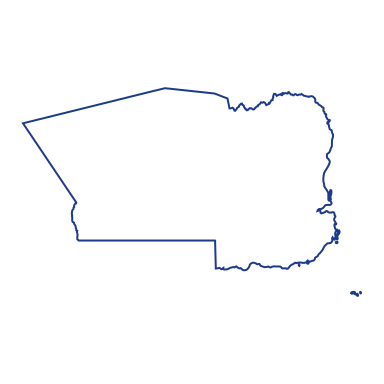 outline of Finschafen District, Morobe, Papua New Guinea
{"feature_id": "67681753B17639415447373", "entity_name": "Finschafen District", "entity_type": "district", "adm_level": 2, "iso_a3": "PNG", "parent_name": "Papua New Guinea", "parent_adm1": "Morobe", "projection": "robinson", "projection_center": [147.737, -6.551], "detail": "fine", "context": "isolated", "style": "outline", "palette": "blue", "viewbox_px": 384, "rotation_deg": 0, "n_neighbors": 0, "source": "geoboundaries", "source_scale": "gbopen_adm2", "svg_char_len": 5777}
<svg xmlns="http://www.w3.org/2000/svg" viewBox="0 0 384 384"><path d="M312.8,96.5L311.3,96.2L310.3,96.3L309.2,96.6L308.9,96.9L307.9,96.5L306.9,96.4L306.0,96.3L305.2,95.9L304.1,95.8L302.3,94.5L301.4,94.0L300.7,94.6L299.7,94.6L298.9,94.6L297.9,95.1L297.0,95.1L295.6,94.1L294.7,94.3L293.6,95.3L292.8,95.2L292.1,94.5L291.0,94.6L288.9,92.2L288.3,92.2L288.0,93.3L287.1,93.6L286.0,93.1L285.0,93.2L284.0,93.3L283.7,93.8L282.9,93.0L282.3,93.1L282.0,95.1L281.3,95.1L280.6,94.2L279.1,94.7L277.8,95.2L276.7,95.9L275.5,94.0L274.2,93.8L273.3,95.7L273.1,96.5L273.3,97.1L273.1,98.0L272.7,98.5L272.6,100.1L271.4,100.2L270.8,101.2L270.2,102.2L269.6,103.4L269.1,103.2L269.2,103.8L266.3,105.1L265.6,103.8L265.1,102.9L263.7,102.1L262.6,102.7L261.0,102.3L260.3,103.5L259.3,104.4L258.1,105.1L257.8,106.3L256.6,106.5L256.3,106.7L255.9,107.4L254.6,108.4L254.3,109.2L253.2,109.5L252.3,109.1L251.6,108.4L250.5,108.4L250.0,108.1L249.0,108.7L248.5,109.5L247.9,109.9L247.6,109.7L246.9,110.3L245.6,109.2L245.6,108.6L244.9,108.4L244.4,107.3L244.0,106.8L244.0,106.1L243.4,105.2L242.4,104.9L242.0,103.6L241.2,103.6L240.8,104.0L239.8,104.8L239.1,105.7L239.0,106.7L238.0,107.3L237.1,107.9L236.8,108.7L236.2,109.7L235.6,110.0L235.1,110.8L234.4,110.6L234.0,109.3L233.5,108.7L233.1,108.0L232.4,107.7L231.3,108.2L229.5,108.4L227.5,98.5L214.5,93.5L165.0,88.2L151.4,91.5L23.0,123.3L76.2,202.4L76.1,203.3L75.5,203.3L74.8,204.2L74.3,205.1L74.1,205.9L74.1,206.4L74.2,207.1L73.5,207.8L73.4,209.0L72.2,210.5L72.1,211.7L71.8,212.8L71.9,213.9L72.0,214.9L72.2,215.4L72.0,216.4L72.3,217.3L72.2,219.5L72.2,220.5L72.6,221.9L73.3,222.2L73.6,222.6L74.0,222.7L74.4,224.5L75.2,225.2L75.4,226.0L75.8,227.0L75.7,228.0L76.3,228.9L76.3,230.3L77.3,230.9L76.9,231.9L77.3,233.4L77.6,235.1L77.3,236.4L77.3,237.2L77.3,239.2L78.0,239.8L78.5,240.5L214.8,240.5L215.1,240.6L215.8,268.5L218.0,268.3L218.8,267.9L219.4,267.9L220.5,268.5L221.2,269.2L222.0,269.0L223.3,268.0L223.3,269.0L224.0,269.5L226.5,269.4L227.9,269.1L228.4,268.8L230.4,267.7L231.7,267.5L232.7,267.1L233.7,267.1L234.2,267.4L234.9,267.3L235.8,266.5L236.4,266.4L237.2,267.2L238.4,268.0L239.4,268.4L240.5,268.1L242.7,269.9L243.6,270.2L244.8,270.2L246.2,269.9L247.2,269.3L248.5,267.9L249.1,266.9L250.0,264.5L250.7,263.7L252.7,262.7L253.7,262.7L256.1,263.5L257.0,264.2L257.6,264.3L258.7,263.9L259.4,264.0L260.0,264.7L260.4,265.6L261.0,266.0L264.4,267.1L266.9,267.0L267.9,266.6L268.6,266.6L269.4,267.2L270.1,267.4L271.1,267.3L272.2,266.7L273.7,266.4L279.1,266.5L280.1,266.6L281.0,267.0L281.9,268.2L282.7,268.4L285.9,268.3L286.8,268.8L287.7,268.7L288.3,268.2L290.2,265.8L291.7,264.7L293.2,264.1L295.1,262.7L296.1,263.1L299.1,262.5L300.7,262.5L302.9,262.9L304.4,262.9L305.7,262.5L306.4,262.0L306.9,261.8L307.2,260.9L307.6,260.5L308.2,260.8L308.1,261.7L308.5,262.0L309.5,261.6L310.2,261.6L312.6,260.7L313.2,260.7L314.0,260.3L314.8,259.2L315.0,258.0L315.4,257.5L317.2,256.5L317.9,255.8L318.4,254.7L319.2,253.7L320.0,253.1L322.5,250.0L324.5,246.1L327.4,243.4L330.2,243.1L331.1,242.7L332.0,241.5L332.3,240.8L332.1,238.2L332.6,237.3L333.6,238.9L334.2,239.6L334.6,239.7L335.1,239.1L335.1,237.6L335.7,236.5L335.2,234.5L335.2,233.0L335.7,231.7L336.0,231.3L336.5,231.3L337.5,230.6L337.5,230.0L337.1,229.6L336.3,229.8L335.9,229.6L335.2,228.7L334.5,226.1L334.4,224.7L334.7,224.2L335.4,224.5L335.7,224.5L336.1,224.2L336.3,223.8L334.5,220.8L334.2,220.1L334.2,219.0L334.9,217.2L335.3,216.8L335.4,216.2L334.7,215.4L334.5,214.0L334.2,213.0L333.5,212.3L332.3,212.2L331.3,212.6L329.4,212.6L328.2,212.1L327.4,211.3L326.7,211.0L325.9,211.3L325.3,212.0L323.7,212.7L321.8,213.3L321.1,213.3L320.5,212.7L320.5,211.3L320.2,210.6L319.0,210.5L317.5,211.0L317.8,210.0L319.2,209.0L321.0,209.0L322.2,208.5L323.4,207.7L325.3,205.3L326.0,205.0L328.4,204.8L329.5,205.1L330.5,204.7L331.4,203.8L331.6,203.4L331.5,202.7L330.5,201.0L330.5,200.2L330.9,199.1L330.5,197.8L330.5,196.3L331.2,194.2L331.4,192.9L331.4,190.8L331.2,190.3L330.5,190.1L330.2,190.6L329.8,192.7L330.0,194.3L329.3,196.4L329.4,199.9L329.0,200.5L328.4,199.9L328.3,193.5L328.1,192.4L326.8,190.2L325.0,187.5L324.3,186.3L324.1,183.9L323.4,181.7L323.3,178.9L323.6,175.8L324.1,173.0L324.8,171.9L325.1,171.1L327.0,168.2L328.3,166.0L329.7,162.6L329.7,161.1L328.9,159.7L327.9,158.5L327.0,157.6L326.9,155.1L327.2,153.9L328.5,153.1L329.4,152.2L330.4,150.0L330.7,148.6L331.7,146.7L331.9,145.7L331.9,142.5L332.1,139.5L332.9,137.3L333.0,134.5L332.1,132.8L331.8,130.9L331.4,130.1L330.3,129.6L329.7,129.1L329.1,126.9L328.9,125.5L328.6,124.4L328.1,123.8L327.7,123.8L327.3,123.4L327.3,122.6L327.5,122.1L328.4,122.5L329.5,121.1L329.8,120.7L329.6,120.0L328.4,120.0L327.4,119.1L325.9,116.3L325.9,115.4L326.3,114.9L325.8,114.0L325.3,114.0L324.8,113.6L324.5,113.1L324.5,112.2L323.5,111.1L323.3,109.9L323.6,109.2L323.6,108.2L323.1,107.5L322.1,107.2L321.3,106.1L319.4,105.0L318.6,104.5L317.5,102.9L316.0,102.7L315.3,101.8L315.2,99.2L314.6,98.1L312.8,96.5ZM339.1,233.4L339.5,232.5L339.5,231.3L339.1,230.4L338.5,230.4L338.1,231.4L338.1,232.7L337.0,234.5L336.9,235.3L337.3,235.9L339.1,233.4ZM354.8,292.2L354.3,291.9L352.9,291.9L351.8,292.2L351.3,292.6L351.1,293.3L352.0,293.7L352.9,293.3L353.7,293.3L354.8,294.1L355.2,293.8L355.3,293.4L354.8,292.2ZM357.9,295.8L358.1,295.3L357.5,293.8L356.9,293.8L356.3,294.7L356.4,295.1L357.4,295.8L357.9,295.8ZM337.5,242.6L337.4,241.9L337.1,241.8L336.1,241.8L335.8,242.2L335.8,242.6L336.0,243.0L336.9,243.2L337.5,242.6ZM307.7,263.7L308.1,263.7L308.5,263.1L308.2,262.9L307.4,262.7L307.1,263.3L307.4,263.7L307.7,263.7ZM360.7,293.4L361.0,293.1L361.0,292.4L360.5,292.0L360.1,292.1L360.1,292.8L360.5,293.4L360.7,293.4ZM337.6,239.1L337.7,238.4L337.6,237.8L337.0,238.0L337.0,239.3L337.3,239.4L337.6,239.1ZM299.5,265.6L299.5,265.0L299.1,264.5L298.8,264.6L298.8,264.9L298.9,265.6L299.3,265.9L299.5,265.6Z" fill="none" stroke="#1e3a8a" stroke-width="2"/></svg>